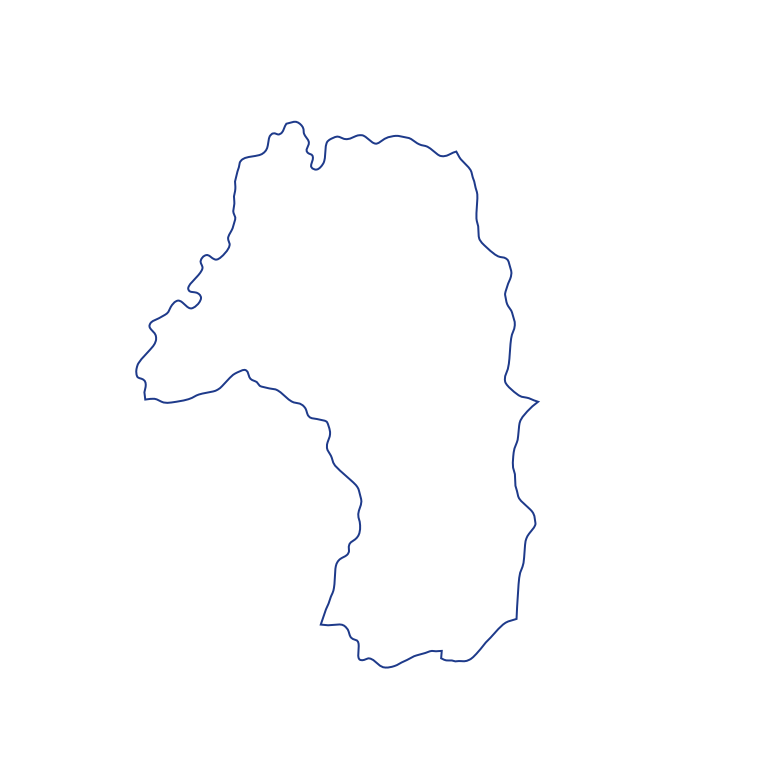 Yamasá, Monte Plata, Dominican Republic, rotated 222°
{"feature_id": "3306468B37411515289314", "entity_name": "Yamasá", "entity_type": "district", "adm_level": 2, "iso_a3": "DOM", "parent_name": "Dominican Republic", "parent_adm1": "Monte Plata", "projection": "equal_earth", "projection_center": [-70.05, 18.766], "detail": "fine", "context": "isolated", "style": "outline", "palette": "blue", "viewbox_px": 768, "rotation_deg": 222, "n_neighbors": 0, "source": "geoboundaries", "source_scale": "gbopen_adm2", "svg_char_len": 6166}
<svg xmlns="http://www.w3.org/2000/svg" viewBox="0 0 768 768"><g transform="rotate(222 384 384)"><path d="M135.4,260.0L135.1,266.9L135.1,278.5L134.6,284.9L133.9,288.0L132.8,290.7L128.3,298.1L136.0,307.5L149.9,325.1L153.8,330.4L156.5,334.8L158.8,340.9L160.6,344.4L163.6,348.6L171.5,358.8L173.7,362.0L174.8,364.4L175.6,366.9L176.0,369.7L176.5,377.6L177.1,380.0L177.6,381.1L178.3,381.9L183.9,386.5L186.8,387.9L189.0,388.4L191.3,388.6L203.8,388.8L207.1,389.4L209.1,390.3L213.5,393.4L218.2,396.3L226.4,404.6L232.1,408.2L235.6,411.7L239.6,416.8L241.9,420.0L243.9,423.4L246.2,429.5L247.3,431.9L249.5,435.1L255.7,443.5L257.1,445.7L258.2,448.2L259.0,452.3L259.2,459.4L258.8,466.7L257.6,473.9L261.6,472.2L266.8,470.4L268.7,469.4L273.2,466.6L276.4,465.7L282.1,465.2L288.9,465.2L292.2,465.6L294.4,466.2L295.4,466.7L297.1,468.1L299.2,470.9L302.0,478.0L304.7,482.5L307.8,486.8L316.8,498.4L319.9,502.8L321.9,506.2L324.2,512.2L326.1,515.2L328.4,517.6L336.7,522.8L338.6,523.7L344.0,525.0L346.0,525.8L347.9,526.9L353.7,531.3L354.4,532.1L355.5,534.0L358.9,541.6L360.5,546.4L361.5,548.7L363.5,551.7L365.2,553.2L373.3,558.3L375.2,559.0L377.3,558.9L379.3,558.3L382.7,556.1L384.7,555.2L388.1,554.5L394.0,554.1L402.4,554.2L405.9,554.4L409.3,555.2L410.4,555.7L412.4,557.1L419.5,564.2L424.2,567.3L426.1,568.9L429.6,572.8L438.8,584.4L441.5,587.3L443.4,588.8L447.2,591.1L452.5,594.9L456.4,597.0L460.8,600.0L462.8,600.9L466.1,601.6L477.3,602.4L479.5,602.9L485.8,605.1L487.4,602.3L489.2,597.8L490.2,595.6L492.3,592.9L494.1,591.6L495.2,591.0L497.5,590.5L507.1,590.0L510.5,589.4L512.5,588.6L516.1,586.5L518.2,585.7L520.5,585.1L527.7,584.2L530.0,583.5L539.3,578.0L541.2,576.4L542.9,574.5L546.0,570.2L547.6,566.6L549.3,559.6L550.3,557.7L551.2,556.9L552.1,556.4L554.1,555.8L563.2,555.3L565.5,554.8L566.6,554.3L568.3,552.9L569.8,551.2L570.9,549.2L573.4,543.7L575.4,541.1L577.1,539.8L578.0,539.3L582.6,537.7L584.3,536.6L585.6,534.8L587.3,531.0L588.0,528.9L588.3,526.6L588.1,525.3L587.6,524.1L586.4,521.8L579.1,512.3L577.7,509.9L577.1,508.6L576.7,507.3L576.3,504.6L576.3,502.0L576.5,500.8L576.8,499.6L577.4,498.5L578.2,497.6L579.0,497.1L581.4,496.3L583.1,496.6L583.9,497.0L585.0,498.5L587.1,503.1L588.2,504.6L589.6,505.7L591.2,506.0L594.0,505.0L595.5,504.8L597.1,505.2L598.4,506.4L600.4,511.9L601.7,513.5L603.6,514.5L608.9,515.7L610.9,516.5L611.7,517.0L614.3,519.5L616.2,520.5L618.3,521.0L620.6,521.1L622.8,520.8L624.8,520.0L626.4,518.6L630.7,512.1L630.2,509.6L628.4,504.6L628.1,502.4L628.2,501.3L628.9,499.4L629.5,498.7L630.2,498.3L632.9,497.2L634.1,496.0L634.6,495.1L634.8,492.9L634.7,491.7L633.8,489.5L629.9,483.4L628.7,481.1L628.0,478.5L628.0,475.8L628.6,473.1L629.8,470.7L632.2,467.4L636.4,462.2L638.5,459.0L639.4,456.6L639.7,455.4L639.6,453.0L639.3,452.0L636.9,448.0L635.1,443.9L630.2,434.8L626.5,431.2L625.1,429.6L623.8,427.8L621.0,423.0L617.3,419.4L615.8,417.8L611.7,411.6L610.2,410.4L606.0,408.3L604.7,406.7L600.7,398.4L600.0,396.0L598.9,391.2L598.1,389.1L597.6,388.2L596.2,386.9L592.4,384.8L591.7,384.0L590.6,381.8L589.8,377.8L589.7,372.0L590.2,367.9L591.0,365.4L591.7,364.4L592.6,363.6L593.6,363.2L595.6,362.7L599.6,362.4L601.5,361.7L602.3,360.9L602.9,360.0L603.6,357.8L603.5,355.5L603.3,354.4L602.4,352.4L601.0,351.3L598.7,350.3L597.2,349.5L596.5,348.8L595.9,347.7L595.5,346.5L595.0,343.8L594.8,340.8L594.9,328.6L594.4,326.0L594.0,324.8L593.3,323.8L592.4,323.2L590.7,322.8L589.0,323.4L586.0,325.5L584.3,326.5L582.3,327.0L580.4,327.0L578.5,326.3L577.6,325.6L576.8,324.4L576.0,321.9L575.7,319.1L576.1,315.0L577.0,312.4L577.7,311.3L578.6,310.6L579.6,310.1L581.7,309.7L588.3,309.7L590.3,309.5L592.3,308.7L593.1,307.9L593.7,306.9L594.4,304.6L594.4,300.9L594.0,298.5L592.5,293.3L592.5,291.1L593.0,289.0L595.3,282.2L597.9,276.1L598.3,273.9L598.2,272.7L597.9,271.6L597.4,270.5L596.6,269.7L595.8,269.2L593.8,268.7L588.4,268.2L586.2,267.4L584.5,266.1L583.0,264.4L582.4,263.3L581.4,260.7L580.9,257.7L580.8,253.0L580.9,240.1L580.4,235.4L580.1,233.9L579.1,231.6L577.9,229.4L576.5,227.5L574.1,225.3L572.4,224.4L571.6,224.2L569.9,224.6L567.6,225.7L565.9,226.2L563.9,226.2L562.1,225.4L560.5,224.0L559.2,222.3L556.5,217.5L551.0,212.7L547.5,216.8L544.7,219.4L542.6,220.5L537.4,222.0L535.4,222.8L532.4,225.0L529.7,227.9L526.4,231.9L521.8,237.8L519.1,241.9L517.4,245.2L515.7,250.0L514.6,252.2L512.6,255.3L506.0,264.1L504.7,266.2L503.8,268.5L503.1,271.2L502.9,274.0L502.7,285.5L502.3,289.8L501.6,292.3L500.7,294.6L498.4,299.6L497.1,301.2L496.2,301.7L495.3,301.9L493.4,301.7L488.6,299.0L486.7,298.5L484.7,298.7L481.4,299.9L479.8,300.3L475.2,299.5L473.5,300.0L466.4,303.9L461.0,307.4L458.8,308.1L455.3,308.6L444.5,308.7L441.0,309.2L438.8,309.9L433.4,313.1L430.2,313.8L428.1,313.7L426.0,313.3L424.1,312.4L421.5,310.8L419.7,309.9L418.7,309.7L416.7,309.6L414.7,310.3L410.4,313.1L403.4,317.1L401.6,317.6L400.7,317.5L399.0,316.8L394.7,314.3L392.0,312.3L390.5,310.6L389.2,308.6L386.9,302.9L385.8,300.8L383.6,298.3L381.7,297.1L375.5,295.2L373.6,294.3L369.1,291.6L365.8,290.6L358.8,290.2L341.0,290.3L337.4,290.1L335.2,289.7L333.0,289.0L331.1,287.9L323.9,283.1L322.2,281.6L320.3,278.7L317.9,273.1L316.1,270.1L313.7,267.8L309.9,265.4L307.2,263.0L304.6,260.1L302.5,256.7L301.6,254.2L301.3,251.6L301.5,249.1L302.7,244.2L302.6,242.2L302.2,241.2L301.3,239.5L298.2,236.4L297.7,235.6L297.1,233.5L297.1,232.4L297.5,230.3L299.0,226.3L299.6,223.9L299.6,221.3L299.0,218.7L297.9,216.4L296.5,214.2L286.9,202.1L284.7,198.9L283.4,196.7L282.4,194.3L281.2,190.5L278.3,183.8L276.3,177.6L270.0,162.9L264.1,167.3L256.1,175.6L254.1,177.0L252.0,177.7L249.8,177.8L246.6,177.3L244.7,176.4L241.2,174.3L239.4,173.6L238.4,173.5L236.5,173.7L232.5,175.3L230.7,175.0L229.0,173.9L227.4,172.3L221.3,164.8L219.7,163.5L218.8,163.1L217.8,162.9L216.9,163.1L215.4,164.1L214.2,165.6L212.4,169.1L211.8,169.9L210.2,170.9L207.2,171.7L198.4,172.0L195.2,172.9L193.1,174.3L191.3,176.0L188.9,179.1L187.5,181.4L186.3,183.8L184.6,188.8L182.2,194.4L179.5,201.8L178.2,204.1L173.3,211.8L171.1,216.0L169.8,217.7L166.5,220.2L162.5,224.3L158.0,218.4L154.8,219.3L152.9,220.2L151.3,221.5L148.5,224.0L145.4,225.6L142.9,228.3L138.9,231.6L137.2,233.7L136.0,236.3L135.5,237.7L135.0,240.7L134.8,245.3L134.9,251.6L135.4,260.0Z" fill="none" stroke="#1e3a8a" stroke-width="2"/></g></svg>